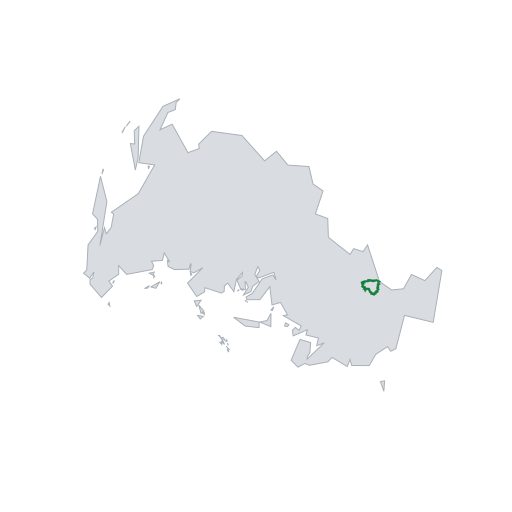 Russia, with Samara highlighted, rotated 247°
{"feature_id": "RUS-2392", "entity_name": "Samara", "entity_type": "Region", "adm_level": 1, "iso_a3": "RUS", "parent_name": "Russia", "parent_adm1": "", "projection": "orthographic", "projection_center": [50.566, 53.218], "detail": "fine", "context": "in_parent", "style": "outline", "palette": "green", "viewbox_px": 512, "rotation_deg": 247, "n_neighbors": 0, "source": "natural_earth", "source_scale": "10m", "svg_char_len": 7406}
<svg xmlns="http://www.w3.org/2000/svg" viewBox="0 0 512 512"><g transform="rotate(247 256 256)"><path d="M430.1,228.8L430.5,247.4L428.5,242.5L422.3,238.9L422.5,230.9L409.7,217.0L410.1,230.3L377.7,233.7L377.1,245.8L381.4,247.0L388.1,263.8L372.4,290.1L340.2,301.1L344.4,315.8L327.2,320.9L317.7,339.7L300.0,336.6L289.7,343.1L271.5,327.1L262.5,336.7L244.9,329.9L220.7,343.2L224.6,348.8L218.2,356.2L222.6,363.0L184.4,359.7L171.7,367.6L168.2,379.0L178.2,391.9L167.3,401.8L174.8,418.0L170.0,421.4L125.7,393.2L143.3,369.5L116.0,348.5L115.7,342.7L121.2,341.7L118.7,327.8L110.9,317.4L117.8,301.3L124.0,302.1L118.6,296.8L132.9,286.4L130.5,280.8L134.5,262.6L138.0,259.0L137.3,251.2L146.3,247.6L162.0,263.9L155.0,272.5L146.0,267.8L143.3,263.9L141.2,262.9L149.4,284.9L149.7,276.8L156.1,281.5L163.8,271.1L168.0,274.5L168.0,259.0L173.4,260.6L174.9,264.3L170.7,266.6L174.0,270.3L190.5,257.8L189.5,262.0L203.7,260.4L204.7,251.6L222.4,256.8L214.3,242.6L219.4,230.4L222.1,230.9L223.0,238.0L232.6,252.9L232.0,264.1L226.2,265.1L234.0,266.1L234.8,249.8L237.1,248.2L241.4,254.0L245.4,253.5L239.6,247.7L231.4,248.9L229.4,241.2L225.2,237.4L225.0,229.2L230.2,236.7L235.6,236.6L236.7,236.0L229.2,233.1L232.0,229.0L241.2,229.0L243.0,235.3L246.1,237.1L242.0,228.8L231.9,221.7L242.1,219.4L240.9,215.3L235.8,212.8L235.5,209.5L246.8,196.6L243.1,194.6L241.9,185.6L257.8,182.4L266.0,202.4L264.8,192.2L267.5,189.4L273.1,192.7L274.1,193.0L274.5,192.6L270.0,189.2L275.4,175.6L280.8,171.0L286.6,172.7L284.2,174.3L294.6,172.7L288.5,168.1L292.0,157.8L287.2,158.1L284.1,155.1L289.6,129.8L300.8,125.8L292.9,122.5L290.4,110.8L284.3,112.1L278.2,97.6L294.8,92.2L299.1,94.0L299.5,97.1L304.7,100.6L300.5,94.2L307.6,90.6L309.2,94.7L331.9,105.8L340.4,119.9L351.7,124.5L358.6,122.0L390.1,144.0L364.3,140.0L326.7,116.4L341.3,127.6L335.0,126.9L338.9,133.9L350.3,141.4L352.8,139.9L359.4,172.0L379.4,198.3L387.7,184.6L410.2,199.3L430.1,228.8ZM208.3,211.5L194.0,233.1L188.9,230.8L195.7,218.7L208.3,211.5ZM382.3,178.5L408.6,184.3L406.5,188.1L418.9,192.9L421.1,198.9L392.5,185.9L382.3,178.5ZM185.2,242.1L193.7,233.7L192.3,240.9L197.4,247.4L185.2,242.1ZM269.9,157.4L265.4,151.2L268.6,147.1L269.9,157.4ZM224.7,183.0L233.2,184.2L225.7,186.5L224.7,183.0ZM219.8,180.1L224.2,179.0L221.1,183.8L219.8,180.1ZM232.7,181.7L238.8,181.6L236.8,188.2L232.7,181.7ZM270.4,146.3L268.8,143.5L269.7,140.7L270.4,146.3ZM81.5,320.8L91.8,321.5L90.8,325.6L81.5,320.8ZM182.1,194.2L184.7,193.3L179.7,195.2L182.1,194.2ZM278.5,153.7L281.9,151.0L281.0,156.0L278.5,153.7ZM183.0,256.9L180.0,259.4L178.7,257.6L180.2,255.0L183.0,256.9ZM186.9,192.5L189.1,191.4L190.4,192.4L186.9,192.5ZM194.5,191.6L193.9,194.0L192.1,193.4L192.2,192.0L194.5,191.6ZM196.9,191.6L194.9,191.6L197.4,190.6L196.9,191.6ZM200.4,248.6L202.4,252.7L199.5,249.8L200.4,248.6ZM224.6,184.4L224.2,186.3L222.2,185.6L224.6,184.4ZM188.0,189.9L190.7,189.0L189.9,190.6L188.0,189.9ZM269.5,100.9L270.6,102.7L267.1,101.9L269.5,100.9ZM180.0,192.8L181.8,193.6L178.1,193.5L180.0,192.8ZM219.1,229.0L216.5,230.3L219.0,228.7L219.1,229.0ZM263.6,188.5L266.4,189.1L264.1,189.8L263.6,188.5ZM286.6,113.4L288.6,114.8L288.3,115.8L286.6,113.4ZM191.4,194.8L189.9,194.2L192.3,194.6L191.4,194.8ZM190.5,190.7L191.5,192.1L189.8,191.3L190.5,190.7ZM421.4,180.7L423.3,182.4L426.1,186.2L421.4,180.7ZM189.0,194.9L190.2,196.3L188.9,196.2L189.0,194.9ZM231.5,228.6L230.1,230.5L229.6,230.5L231.5,228.6ZM344.7,118.2L345.2,120.1L343.2,118.2L344.7,118.2ZM276.2,153.5L278.2,154.5L276.7,154.7L276.2,153.5ZM378.2,191.1L380.8,191.9L380.1,192.9L378.2,191.1ZM391.7,146.1L395.6,149.1L394.8,149.4L391.7,146.1ZM186.9,195.4L185.7,196.0L185.3,195.5L186.9,195.4ZM231.1,225.0L231.6,226.9L231.0,226.6L231.1,225.0ZM268.2,158.0L269.4,159.1L266.8,158.2L268.2,158.0ZM428.9,192.3L426.1,187.2L429.4,192.7L428.9,192.3Z" fill="#d9dde1" stroke="#a8b0b8" stroke-width="1"/><path d="M186.4,342.1L186.5,342.2L186.4,342.5L186.5,342.6L186.8,342.6L186.9,342.3L187.0,342.4L187.4,342.7L187.5,342.8L187.9,342.9L188.0,342.9L188.3,342.9L188.4,343.1L188.4,343.3L188.3,343.5L188.5,343.5L188.8,343.7L188.8,343.9L188.9,344.0L189.0,344.0L189.0,343.9L188.9,343.9L189.0,343.7L189.3,343.6L189.3,343.4L189.6,343.4L189.8,343.3L189.8,343.5L190.0,343.5L190.0,343.3L190.0,343.2L190.2,343.3L190.3,343.3L190.3,343.6L190.4,343.8L190.4,344.1L190.0,344.1L189.8,344.1L189.6,344.1L189.3,344.3L189.7,344.5L189.8,344.7L189.8,344.8L189.8,345.0L189.6,345.1L189.5,345.3L189.9,345.3L190.0,345.3L190.1,345.5L190.3,345.6L190.3,345.8L190.1,346.0L189.9,346.2L190.0,346.3L190.1,346.5L190.0,346.8L189.9,347.1L189.8,347.3L189.7,347.7L189.6,348.0L189.4,348.3L189.3,348.7L189.3,348.8L189.1,348.8L189.0,349.0L189.0,349.3L189.2,349.6L189.4,349.7L189.4,349.8L189.3,350.1L189.2,350.3L189.3,350.4L189.3,350.5L189.2,350.7L189.2,350.8L189.2,351.0L188.9,351.1L189.0,351.3L189.3,351.3L189.2,351.5L188.9,351.7L189.0,352.0L188.9,352.1L188.7,352.2L188.5,352.4L188.3,352.5L188.1,352.7L188.1,352.8L187.8,352.8L187.7,353.0L187.8,353.2L187.9,353.3L187.9,353.5L187.9,353.8L187.8,354.0L187.7,354.1L187.3,354.0L187.3,353.9L187.1,354.0L187.0,354.3L187.1,354.6L186.9,354.6L186.9,354.9L186.9,355.0L187.0,355.1L187.2,355.3L187.1,355.5L186.9,355.6L186.9,355.8L186.7,356.0L186.7,356.5L186.8,356.6L186.7,357.4L186.5,357.6L185.7,358.3L185.4,358.5L185.2,358.7L184.8,358.9L184.3,359.5L184.2,359.3L184.2,359.2L184.2,358.7L184.1,358.4L183.9,358.3L183.6,358.3L183.5,358.2L183.4,358.1L183.0,358.1L182.9,358.0L182.8,357.8L182.7,357.7L182.6,357.9L182.3,357.8L182.2,357.9L182.2,357.7L182.3,357.4L182.0,357.2L181.8,357.1L181.7,357.0L181.7,356.9L181.4,357.0L180.8,356.9L180.6,356.4L180.4,356.5L180.3,356.4L180.2,356.1L180.2,355.9L180.0,355.7L179.8,355.7L179.8,355.9L179.8,356.0L179.7,356.1L179.5,355.9L179.5,355.7L179.4,355.6L179.2,355.7L179.2,355.4L179.2,355.2L178.7,355.0L178.2,355.1L177.9,355.1L177.7,355.2L177.7,355.4L177.5,355.5L177.4,355.1L177.4,354.8L177.3,354.7L177.0,354.6L176.9,354.3L176.9,354.2L176.6,354.1L176.3,353.9L176.2,353.9L175.7,354.0L175.6,353.9L175.6,353.7L175.8,353.6L175.9,353.3L176.3,353.0L176.4,352.9L176.5,352.7L176.4,352.3L176.3,352.1L175.8,352.2L175.7,352.1L175.7,351.7L175.4,351.6L175.3,352.0L175.2,352.0L175.0,351.7L174.9,351.6L175.0,351.5L175.0,351.4L175.2,351.1L174.9,350.9L174.8,350.7L174.8,350.4L174.7,350.3L174.6,350.1L174.4,349.9L174.3,349.7L174.5,349.5L174.5,349.4L174.7,349.1L174.8,349.1L175.1,349.1L175.3,349.4L175.4,349.2L175.5,349.2L175.6,349.3L175.8,349.2L175.8,348.8L175.9,348.7L176.1,348.5L175.8,348.4L175.7,348.3L175.7,348.1L175.8,348.0L176.0,348.2L176.5,348.1L176.4,347.9L176.2,347.6L176.2,347.4L176.3,347.4L176.7,347.6L177.6,347.8L177.8,347.4L178.1,347.0L178.2,346.9L179.1,347.1L179.3,347.0L179.3,346.9L179.6,346.9L180.1,347.0L180.3,347.2L180.7,347.1L180.8,347.0L180.7,346.9L180.8,346.9L181.0,346.8L181.0,347.0L181.6,347.2L181.8,347.1L181.8,346.9L181.7,346.8L181.5,346.7L181.5,346.4L181.8,346.3L181.9,346.2L182.0,346.1L182.3,345.9L182.4,345.7L182.3,345.4L182.5,344.8L182.5,344.4L182.3,343.8L182.4,343.6L182.1,343.6L182.1,343.3L182.0,343.2L181.9,343.1L182.0,343.1L182.4,343.1L182.5,343.5L182.8,343.4L183.0,343.2L183.0,343.3L183.1,343.6L183.3,343.7L183.3,343.9L183.4,344.0L183.5,344.1L183.8,343.8L183.9,343.7L184.0,343.6L184.4,343.9L184.7,343.9L184.8,344.0L184.9,343.9L185.1,343.6L185.1,343.4L185.1,343.1L185.1,342.9L185.4,342.9L185.5,342.7L185.7,342.3L185.8,342.2L186.0,342.3L186.4,342.1ZM189.6,349.7L189.8,349.8L189.7,349.9L189.7,350.0L189.5,349.9L189.6,349.7L189.6,349.7Z" fill="none" stroke="#15803d" stroke-width="2"/></g></svg>